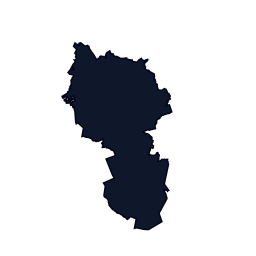 Pinos, Zacatecas, Mexico, rotated 153°
{"feature_id": "50627088B58553371537", "entity_name": "Pinos", "entity_type": "district", "adm_level": 2, "iso_a3": "MEX", "parent_name": "Mexico", "parent_adm1": "Zacatecas", "projection": "albers", "projection_center": [-101.589, 22.273], "detail": "fine", "context": "isolated", "style": "filled", "palette": "ink", "viewbox_px": 256, "rotation_deg": 153, "n_neighbors": 0, "source": "geoboundaries", "source_scale": "gbopen_adm2", "svg_char_len": 5877}
<svg xmlns="http://www.w3.org/2000/svg" viewBox="0 0 256 256"><g transform="rotate(153 128 128)"><path d="M139.4,225.5L138.0,221.3L141.4,218.8L141.0,216.4L141.9,215.7L141.8,215.4L142.5,215.1L141.9,213.4L144.7,212.6L144.9,212.8L144.8,211.4L145.1,211.2L145.2,210.7L147.9,209.7L149.3,208.7L149.2,208.2L150.2,208.1L149.1,205.2L150.0,204.6L150.3,204.4L151.4,207.2L152.8,206.2L156.2,204.7L155.7,203.4L155.8,202.6L152.2,199.8L152.5,199.3L152.9,199.2L153.8,198.3L154.3,198.4L154.8,198.1L155.6,197.2L157.2,196.3L157.6,194.8L158.0,194.5L158.0,193.8L158.3,193.4L158.2,193.1L158.7,192.7L158.7,192.3L159.4,192.3L160.0,191.6L160.4,191.5L160.5,191.0L161.3,191.0L161.2,189.2L162.7,189.5L163.4,187.6L163.8,187.3L164.5,187.6L165.2,187.3L165.2,187.6L165.5,187.5L165.9,186.5L172.3,186.1L172.3,185.6L172.5,185.5L172.4,184.4L171.8,184.5L171.9,184.0L168.8,184.3L168.9,182.5L167.4,182.7L168.2,179.6L170.0,180.4L170.3,180.2L170.0,182.3L172.2,182.0L172.3,181.0L171.3,180.3L171.6,178.1L167.6,176.3L167.0,179.1L165.5,178.4L164.8,181.6L161.5,181.1L161.9,179.5L164.0,179.7L164.3,178.6L162.8,178.4L163.1,176.8L162.5,176.6L162.6,176.0L165.7,176.9L165.9,176.1L166.6,176.3L166.9,176.0L167.1,176.1L167.6,174.6L168.6,175.0L168.7,174.2L167.2,173.7L167.7,171.3L167.0,171.0L167.1,170.4L167.7,167.0L171.9,157.0L172.2,155.2L170.3,155.3L167.6,148.3L172.9,141.3L171.3,140.9L170.0,139.2L169.7,139.1L167.3,137.3L165.6,135.3L165.0,134.1L165.3,133.0L164.5,132.2L163.7,132.1L163.6,131.8L163.3,131.6L162.6,130.4L161.6,130.6L161.2,130.3L160.9,129.7L154.9,129.3L155.7,128.5L155.9,127.8L156.1,127.6L156.3,126.5L156.6,126.4L157.1,126.9L158.4,126.3L158.5,126.1L157.9,125.1L158.2,124.5L158.3,123.8L159.0,123.1L159.6,122.7L159.7,122.4L158.8,122.1L158.2,121.6L157.0,121.7L156.4,121.1L156.3,120.4L156.0,120.0L154.8,119.6L154.2,119.2L154.5,118.9L153.7,118.2L153.4,117.4L153.1,117.3L153.0,116.4L152.7,116.4L152.4,115.5L151.7,114.9L151.4,114.5L151.2,113.7L151.6,109.1L161.6,110.3L163.2,93.0L162.9,89.5L174.8,90.1L174.5,86.7L180.2,78.6L180.1,77.1L178.4,74.3L178.6,74.2L178.5,73.7L178.2,72.8L178.5,72.6L178.6,71.8L179.1,70.8L179.5,68.9L179.6,67.9L179.9,67.7L178.7,62.5L178.0,62.7L177.6,61.9L177.6,61.5L177.9,61.0L177.8,60.7L176.7,58.8L176.3,57.1L174.6,55.9L174.0,55.1L173.8,54.5L173.5,54.2L173.1,53.3L172.6,53.2L172.4,53.0L172.3,52.2L172.5,51.5L171.9,50.7L171.5,50.5L171.6,50.3L170.8,50.4L170.6,48.1L170.2,46.9L168.9,47.2L168.7,47.0L168.3,47.1L168.1,47.4L165.9,48.0L161.9,43.3L167.8,35.7L165.7,35.2L159.4,30.2L155.8,28.2L140.3,29.2L139.1,37.9L125.5,47.3L125.1,48.0L124.5,51.5L124.2,52.2L124.4,52.9L124.2,56.6L121.6,54.8L121.5,53.7L120.3,54.2L120.1,54.1L121.1,61.6L108.3,77.4L108.1,78.8L107.6,80.2L108.1,80.7L108.1,81.0L107.8,81.6L107.0,82.1L107.4,82.4L107.5,82.2L107.9,82.2L109.0,82.8L109.5,83.5L110.2,83.4L110.9,84.2L111.9,84.6L113.0,84.4L113.9,84.0L114.5,84.1L115.0,84.4L116.6,84.6L116.6,84.8L114.9,86.1L114.9,86.3L114.3,87.0L114.1,88.0L113.6,88.2L113.3,88.8L112.6,89.4L112.5,90.1L113.0,90.6L112.6,92.5L113.1,92.8L113.9,92.7L115.4,91.4L117.8,92.0L120.3,93.6L119.9,93.6L120.8,94.8L121.8,95.3L121.8,95.5L120.8,96.4L120.5,96.3L120.3,96.4L119.0,97.8L118.1,98.2L118.1,98.6L117.0,99.9L117.1,100.1L116.8,100.2L115.0,98.7L114.1,99.4L113.4,100.7L114.3,101.6L114.0,101.9L114.4,102.9L114.2,103.0L114.0,102.7L113.4,103.6L112.6,104.3L112.4,104.2L111.5,105.3L112.0,105.5L111.9,106.5L112.2,108.3L111.1,108.2L111.0,109.3L111.6,110.1L111.6,110.6L112.4,110.6L112.2,112.4L112.8,113.0L112.8,113.4L113.3,114.1L114.2,114.6L115.1,115.7L115.3,115.6L116.2,117.6L116.0,117.8L110.2,117.4L110.2,116.5L103.8,115.0L103.5,116.5L102.4,118.4L102.3,119.0L101.1,118.9L100.6,119.6L100.3,119.5L99.9,120.1L99.5,121.0L98.9,121.7L98.0,122.4L97.6,122.2L96.7,122.3L95.9,122.2L95.7,122.6L94.9,122.5L95.0,123.0L94.7,122.9L94.5,123.5L93.3,123.3L93.0,123.9L84.4,122.6L84.5,122.3L81.7,122.5L80.6,129.8L83.5,130.5L82.2,130.9L81.8,133.1L80.8,132.9L80.7,133.2L80.4,133.2L80.1,133.8L80.5,133.9L80.3,134.5L79.9,134.4L79.8,134.2L79.2,134.3L79.1,134.5L78.4,134.9L77.6,134.5L77.1,134.7L77.2,136.4L76.3,136.9L76.3,137.2L75.9,137.4L75.8,138.0L76.2,138.5L76.1,139.0L76.2,139.4L75.9,140.1L76.7,140.9L76.9,141.6L76.6,142.5L76.8,142.9L76.6,143.2L76.6,145.3L77.5,146.1L77.7,146.6L80.6,146.2L83.8,148.0L83.4,148.6L83.7,149.6L83.5,150.4L83.3,150.6L83.4,151.0L82.4,153.2L82.5,153.8L82.3,153.9L83.0,155.2L82.8,156.3L82.2,156.9L82.2,157.5L82.4,157.7L81.9,158.6L82.0,161.2L81.7,161.6L81.4,161.5L81.1,161.7L80.9,162.1L80.9,162.8L80.5,163.1L80.2,164.0L80.3,164.5L81.1,165.6L81.4,165.8L81.6,166.4L82.1,166.7L82.2,167.2L82.3,167.2L82.5,167.6L82.8,167.7L83.2,169.6L83.6,170.1L83.7,169.9L84.1,170.1L85.7,171.9L85.5,172.7L85.6,173.1L85.4,173.8L84.9,174.2L84.6,174.7L84.8,175.0L85.2,174.9L85.4,175.4L84.8,175.9L84.9,176.2L84.6,176.8L84.7,177.4L84.2,177.6L84.2,177.8L83.8,178.3L83.7,178.3L83.8,178.5L83.1,178.7L82.3,178.5L82.2,178.8L81.4,179.1L81.0,179.0L80.1,179.1L80.0,179.6L79.4,179.8L79.3,180.2L81.4,180.6L83.2,180.4L83.1,180.7L84.0,181.8L84.3,182.3L84.6,182.3L84.5,184.0L88.0,183.6L89.7,182.4L93.8,185.1L93.3,186.6L96.8,188.8L96.7,189.1L97.8,189.7L97.6,190.2L97.9,190.4L97.5,191.0L98.5,191.5L98.6,191.4L99.6,191.7L103.0,193.3L105.0,196.3L105.6,196.9L105.9,196.9L106.7,197.5L107.6,197.8L107.5,198.0L108.0,198.3L107.6,199.0L108.1,199.5L107.8,200.3L108.5,200.1L108.9,200.7L108.6,200.8L108.9,201.4L108.6,201.5L109.5,202.3L109.2,205.0L109.7,205.1L110.4,204.5L112.0,204.9L113.5,204.3L114.0,203.5L114.4,203.4L114.6,203.0L115.0,202.9L115.3,201.7L115.9,200.4L116.3,201.0L116.9,202.5L118.5,203.5L119.2,204.2L119.9,204.5L120.6,204.5L120.7,203.4L120.9,203.3L122.4,203.5L122.3,203.3L123.3,203.0L124.5,203.2L124.6,202.9L125.0,203.0L125.2,207.7L125.7,211.5L125.9,211.5L126.1,212.4L126.0,214.1L126.4,216.0L125.8,218.8L126.6,219.2L126.7,220.0L129.2,220.4L131.4,225.4L133.2,225.7L133.3,225.5L132.9,224.9L134.4,223.8L134.8,224.9L135.2,224.5L136.6,227.8L139.4,225.5Z" fill="#0f172a" stroke="#020617" stroke-width="1.5"/></g></svg>